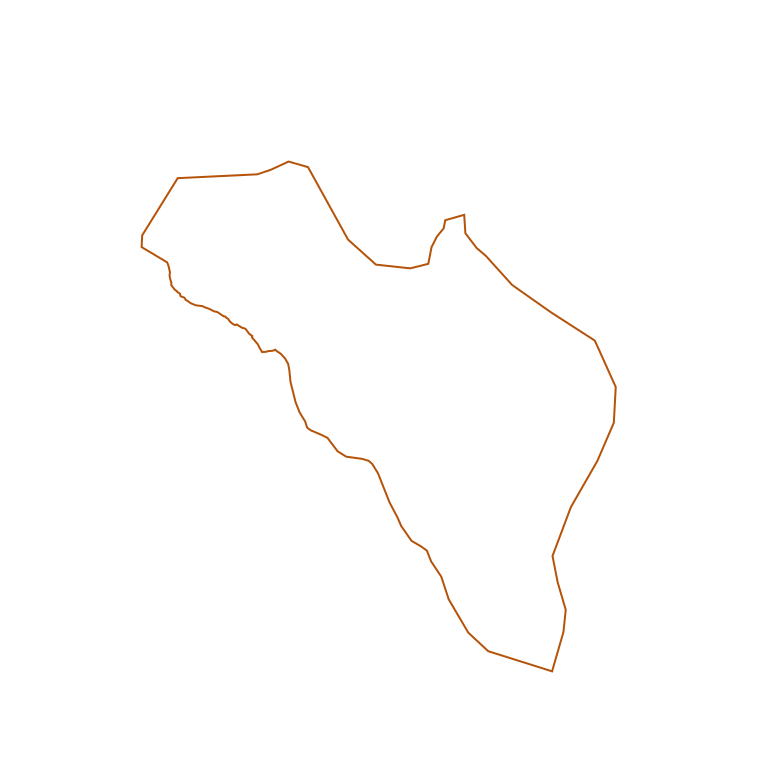 Orolu, Osun, Nigeria, rotated 118°
{"feature_id": "59680162B59567965419701", "entity_name": "Orolu", "entity_type": "district", "adm_level": 2, "iso_a3": "NGA", "parent_name": "Nigeria", "parent_adm1": "Osun", "projection": "robinson", "projection_center": [4.479, 7.891], "detail": "fine", "context": "isolated", "style": "outline", "palette": "amber", "viewbox_px": 768, "rotation_deg": 118, "n_neighbors": 0, "source": "geoboundaries", "source_scale": "gbopen_adm2", "svg_char_len": 1630}
<svg xmlns="http://www.w3.org/2000/svg" viewBox="0 0 768 768"><g transform="rotate(118 384 384)"><path d="M197.0,392.6L210.6,406.8L218.5,404.4L229.0,406.5L240.8,406.3L257.1,401.3L269.4,414.9L271.1,419.0L282.4,447.2L273.4,483.5L228.2,552.9L232.4,572.7L248.1,584.6L258.4,594.4L299.1,662.8L366.3,667.3L376.9,662.3L378.4,632.6L381.0,629.6L385.9,625.4L388.7,624.4L392.0,621.8L394.1,619.5L396.6,618.2L398.7,613.6L399.2,611.4L399.4,610.1L399.9,609.4L399.8,607.4L400.1,606.6L401.0,605.8L402.0,604.7L401.5,601.1L401.8,599.9L402.8,598.8L402.8,596.8L403.4,592.6L402.9,587.2L400.5,580.9L400.4,578.4L399.7,573.5L399.6,568.1L398.7,565.0L399.5,557.3L398.9,555.8L399.5,554.5L399.7,552.1L401.2,549.4L401.6,547.7L402.0,545.6L401.9,543.1L400.6,542.0L400.5,541.0L400.8,540.3L400.8,539.6L400.8,538.5L400.9,537.4L401.0,536.0L400.3,532.7L400.4,531.9L403.0,526.5L403.5,522.7L404.8,522.5L408.2,514.0L410.6,510.7L411.6,508.9L413.1,506.6L411.9,505.0L411.5,504.0L409.1,501.3L407.0,498.0L404.8,496.1L405.3,494.0L405.8,489.2L407.9,483.4L411.1,478.2L416.2,474.1L426.1,467.5L441.7,453.4L448.8,445.0L451.6,440.3L454.1,436.0L458.6,431.4L459.3,427.0L458.3,415.6L458.1,408.6L465.2,393.4L465.9,383.2L460.4,368.3L459.0,361.4L460.2,356.7L465.7,347.3L485.8,323.7L495.7,309.2L501.4,302.0L509.6,286.0L510.0,275.1L511.0,267.9L518.6,259.0L527.2,243.0L543.8,225.7L564.0,192.8L571.0,166.5L558.8,100.7L518.8,109.1L498.1,117.5L477.4,137.7L456.7,154.5L437.2,157.0L405.0,161.2L351.7,159.5L310.3,162.9L277.8,178.0L269.5,188.8L253.8,209.0L246.7,218.3L242.3,270.4L236.4,317.4L223.0,354.4L220.5,365.9L212.7,382.9L197.0,392.6Z" fill="none" stroke="#b45309" stroke-width="2"/></g></svg>